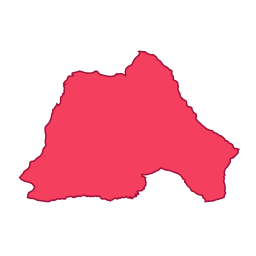 Paz De Río, Boyacá, Colombia, rotated 268°
{"feature_id": "7082276B10900430130409", "entity_name": "Paz De Río", "entity_type": "district", "adm_level": 2, "iso_a3": "COL", "parent_name": "Colombia", "parent_adm1": "Boyacá", "projection": "natural_earth1", "projection_center": [-72.768, 6.027], "detail": "fine", "context": "isolated", "style": "filled", "palette": "rose", "viewbox_px": 256, "rotation_deg": 268, "n_neighbors": 0, "source": "geoboundaries", "source_scale": "gbopen_adm2", "svg_char_len": 5691}
<svg xmlns="http://www.w3.org/2000/svg" viewBox="0 0 256 256"><g transform="rotate(268 128 128)"><path d="M204.1,141.4L203.4,142.1L202.6,142.3L201.8,142.1L201.3,141.6L200.4,141.4L197.7,138.1L196.7,137.1L193.1,135.0L191.4,134.2L191.0,133.4L190.1,132.3L189.9,131.0L188.1,128.9L187.2,128.3L186.9,127.9L184.5,127.3L181.0,127.4L180.5,127.2L182.2,124.2L182.6,122.9L182.6,122.0L182.3,120.6L181.9,119.8L181.9,119.5L182.5,119.1L182.7,118.7L181.1,116.9L180.4,115.6L180.0,111.9L180.3,110.8L180.4,109.4L180.7,108.0L181.2,106.8L181.3,106.1L182.5,102.1L183.1,101.0L185.3,99.6L186.0,97.9L185.3,97.0L185.6,96.5L184.8,95.5L184.2,94.0L184.2,90.3L184.4,89.7L184.2,89.1L184.7,87.2L186.6,81.5L186.2,80.7L185.7,78.7L185.4,77.3L185.3,75.7L184.9,74.5L184.6,74.1L184.0,74.0L183.1,74.5L182.6,75.1L182.3,74.8L181.9,74.1L181.9,71.0L181.3,69.9L179.6,69.3L178.2,68.7L176.7,66.6L175.5,65.8L174.8,65.2L174.6,65.1L173.8,66.4L173.7,65.8L172.6,65.1L170.9,65.8L168.3,65.7L167.6,65.4L166.4,65.6L165.2,65.1L164.8,64.3L164.3,65.0L163.3,63.9L161.9,63.0L161.4,62.2L160.8,61.8L156.6,61.5L155.3,61.5L153.0,59.3L154.7,57.9L153.2,57.3L151.3,55.8L150.0,55.1L148.5,53.3L148.2,53.2L147.2,53.5L146.3,53.4L144.8,52.4L143.3,52.2L140.8,51.6L138.6,50.7L136.3,49.6L134.2,47.6L133.0,46.3L131.8,45.5L130.2,45.1L127.4,45.2L125.9,45.3L123.3,45.8L117.0,44.8L115.8,44.9L114.5,45.5L114.0,45.4L112.5,44.7L111.0,43.3L109.7,42.5L105.7,41.4L104.0,40.1L102.7,38.9L101.5,36.6L100.6,35.4L99.9,35.0L99.5,34.3L98.5,33.4L98.1,31.9L98.0,30.3L97.4,29.2L96.3,28.7L94.1,28.5L92.5,28.0L91.9,27.6L90.9,26.7L90.0,25.5L88.2,22.7L86.3,21.7L82.3,18.0L81.0,19.1L80.6,19.3L78.5,22.7L77.2,27.4L75.7,30.4L74.7,31.2L73.8,31.5L73.0,32.5L72.0,32.5L71.2,32.0L70.4,31.8L70.0,31.5L68.2,29.6L67.1,26.9L66.4,26.3L65.1,25.7L63.0,25.5L62.1,25.1L61.9,25.3L61.3,27.4L60.7,31.5L59.9,33.5L59.3,34.2L59.0,34.8L57.2,45.1L57.2,46.6L58.2,48.3L58.3,49.6L58.6,50.1L58.3,51.6L58.3,52.1L58.7,52.4L58.9,53.7L59.7,54.8L59.5,56.1L59.2,57.0L59.3,57.3L59.7,57.9L59.6,58.2L59.5,59.2L59.7,60.3L59.6,61.0L59.3,61.4L59.2,62.5L59.5,63.0L60.9,64.1L61.1,64.6L61.2,65.5L61.5,66.4L61.4,67.1L61.6,68.5L61.4,69.4L61.2,69.9L60.4,70.8L60.6,71.1L61.0,71.4L61.0,71.9L60.7,72.3L61.1,72.8L60.8,73.1L61.5,74.0L61.3,74.9L61.8,75.4L61.4,76.3L61.7,77.0L61.2,78.0L61.7,79.2L62.1,79.7L62.1,80.6L62.3,81.4L61.9,82.4L62.1,83.5L61.3,83.9L61.1,84.2L61.3,84.5L61.0,85.1L61.4,85.7L61.2,86.7L60.7,87.8L61.1,89.3L60.9,90.2L60.8,91.1L61.2,92.5L61.2,93.1L60.7,94.4L60.8,95.0L61.0,95.5L60.8,96.2L60.9,96.7L60.8,97.1L60.3,97.6L58.9,98.4L58.1,99.3L57.9,100.0L58.1,101.8L58.0,102.4L57.5,103.1L57.4,103.8L56.6,104.9L56.5,107.0L55.8,107.6L55.9,108.1L56.4,108.7L56.7,109.8L57.9,111.6L58.2,112.5L58.1,113.6L57.7,114.0L57.5,114.6L57.6,115.3L57.9,116.1L58.6,116.1L58.6,116.5L58.3,117.0L58.2,118.0L58.8,119.1L58.6,121.7L59.1,122.9L59.6,123.5L59.5,124.0L58.6,124.7L57.9,127.3L57.9,127.5L58.2,127.7L58.8,127.2L59.0,127.2L59.2,127.7L59.1,128.3L58.6,128.8L57.6,128.9L57.4,129.0L57.3,129.5L57.5,130.0L58.4,130.7L58.8,131.3L59.2,132.3L59.1,133.6L59.3,133.9L59.7,134.1L60.0,134.0L61.1,133.1L61.6,133.1L61.7,133.7L61.2,134.6L61.1,135.2L61.2,135.6L61.6,136.2L62.2,136.3L62.5,136.2L63.5,135.2L64.1,135.0L64.7,135.5L64.9,139.3L65.2,140.1L66.3,141.0L66.5,141.8L66.8,142.2L67.2,142.3L67.5,141.8L67.9,141.8L68.6,142.2L69.6,143.3L70.6,143.9L72.4,143.8L72.9,144.1L75.1,143.5L77.2,143.3L77.6,143.9L78.1,143.4L79.5,140.2L81.2,140.4L80.8,141.5L80.7,142.2L80.8,145.7L81.4,147.8L81.9,150.3L82.2,150.9L82.8,151.8L82.9,152.7L83.9,154.3L84.6,156.7L86.8,159.3L86.6,160.4L84.8,164.1L83.8,169.2L82.8,171.0L82.5,172.1L81.9,173.2L81.4,174.7L80.3,177.0L79.8,177.8L79.1,178.6L77.2,180.2L76.3,180.7L75.4,180.9L74.4,182.6L73.9,183.0L73.5,183.1L72.4,182.8L71.9,182.8L71.2,183.8L69.4,184.7L68.5,185.3L67.2,186.7L65.3,188.3L63.5,189.0L63.2,189.3L62.8,189.7L62.4,191.1L61.7,192.3L60.3,193.8L59.1,195.9L58.8,196.8L58.1,200.0L57.6,200.2L56.6,200.2L55.9,200.5L55.5,200.8L54.4,202.1L53.4,202.9L52.7,202.9L51.8,202.5L52.0,206.5L52.2,208.2L52.1,210.1L52.4,211.1L53.3,213.7L53.6,215.3L54.5,218.9L54.9,220.3L55.5,221.6L57.3,221.9L58.4,222.6L60.1,223.3L60.5,223.1L61.0,222.5L61.5,222.4L62.8,222.8L66.2,223.0L71.0,221.9L73.1,222.0L74.4,222.6L75.4,222.1L76.2,222.1L77.6,223.2L79.4,222.5L82.7,223.3L83.9,223.9L85.5,225.6L87.4,227.2L88.1,227.7L88.8,227.7L89.9,228.8L90.6,229.0L93.3,229.1L93.7,229.2L94.0,230.6L94.5,231.5L94.9,231.8L94.9,232.4L95.4,233.4L96.5,233.9L97.5,235.4L98.6,236.2L99.4,237.1L99.9,237.3L100.8,237.1L101.8,237.2L102.8,238.0L103.6,235.7L103.9,234.1L104.3,233.1L104.8,232.8L106.9,232.1L107.9,231.5L108.2,231.2L109.6,228.4L111.0,227.5L111.6,226.6L111.8,226.2L111.7,225.0L111.9,224.7L112.1,224.6L113.4,224.4L113.8,224.2L114.4,223.4L116.6,221.2L117.2,219.5L117.8,218.5L119.3,216.6L119.8,215.5L120.2,214.1L121.9,212.6L122.5,211.8L122.9,209.6L124.5,206.3L125.3,205.6L125.8,204.8L127.3,203.3L128.4,202.0L131.4,199.0L133.8,196.8L135.0,196.2L135.3,196.1L136.6,196.4L136.5,196.5L137.3,196.8L139.0,196.6L139.4,196.5L140.5,194.9L141.7,193.7L144.0,192.7L146.2,192.3L146.9,190.8L147.2,188.7L147.6,188.2L149.9,187.5L152.0,187.3L153.2,186.7L153.8,185.8L154.7,183.5L155.1,183.3L155.6,183.5L155.8,183.3L157.2,181.6L157.8,181.3L160.7,181.0L161.5,180.6L162.9,179.7L165.3,179.2L167.9,179.7L169.6,179.3L171.6,179.2L173.1,177.8L174.1,175.8L175.0,175.0L177.4,175.0L179.0,174.4L180.0,173.7L180.3,173.6L181.3,173.6L182.9,173.9L184.2,173.2L184.5,172.4L184.6,171.4L185.9,170.6L187.5,168.9L188.3,167.6L188.5,166.7L189.0,166.0L193.9,162.4L194.3,162.0L194.7,161.1L195.7,159.8L196.0,159.5L197.8,158.9L199.4,156.9L200.3,156.0L200.4,155.6L200.1,154.6L201.2,150.9L201.9,149.8L203.5,147.7L203.6,147.4L203.6,146.1L204.2,142.5L204.2,141.8L204.1,141.4Z" fill="#f43f5e" stroke="#9f1239" stroke-width="1.5"/></g></svg>